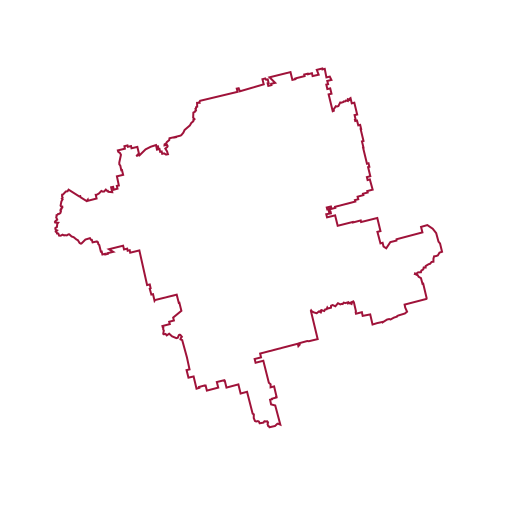 outline of Gunnedah, New South Wales, Australia, rotated 247°
{"feature_id": "25037944B84147386402076", "entity_name": "Gunnedah", "entity_type": "district", "adm_level": 2, "iso_a3": "AUS", "parent_name": "Australia", "parent_adm1": "New South Wales", "projection": "robinson", "projection_center": [150.062, -31.024], "detail": "fine", "context": "isolated", "style": "outline", "palette": "rose", "viewbox_px": 512, "rotation_deg": 247, "n_neighbors": 0, "source": "geoboundaries", "source_scale": "gbopen_adm2", "svg_char_len": 6096}
<svg xmlns="http://www.w3.org/2000/svg" viewBox="0 0 512 512"><g transform="rotate(247 256 256)"><path d="M100.5,199.6L99.6,200.5L99.6,201.6L98.2,202.1L96.6,200.9L94.6,200.8L94.1,201.4L93.1,201.5L92.1,207.1L93.2,210.1L93.1,210.7L91.3,212.5L110.9,215.3L113.5,211.9L118.2,212.8L117.9,214.7L118.4,214.9L117.8,219.4L118.4,219.5L118.3,219.9L128.9,221.7L129.4,218.1L132.2,219.3L134.3,218.3L156.7,221.8L157.9,213.9L161.7,214.5L160.7,221.0L164.6,221.7L158.9,260.2L156.5,259.8L157.3,261.6L158.8,261.9L157.7,270.0L156.9,271.3L155.4,280.3L184.1,285.1L184.4,285.5L183.4,285.7L181.5,287.2L179.6,289.5L180.4,292.3L178.7,293.6L179.5,294.4L180.3,294.0L180.7,295.0L178.7,297.3L179.8,298.8L179.4,300.2L180.7,301.5L179.6,301.7L179.1,304.8L180.9,305.7L180.9,307.4L178.7,309.4L180.5,313.0L178.5,314.7L178.5,316.0L177.9,317.0L178.8,318.5L177.7,319.9L177.5,322.0L176.6,322.1L177.1,323.1L176.0,323.4L176.1,324.9L175.5,324.4L174.5,325.2L176.0,326.5L176.2,327.8L175.1,328.0L166.1,326.4L165.4,325.8L163.8,325.5L162.9,331.5L159.2,330.8L157.6,338.3L147.4,336.5L146.9,341.2L145.8,347.1L145.5,347.0L146.3,351.8L145.9,354.0L145.0,355.0L145.4,359.0L145.1,362.0L145.6,362.6L145.6,364.0L144.9,370.6L145.7,373.3L150.2,373.2L153.2,373.8L149.9,396.1L150.5,396.6L165.2,399.1L165.3,398.4L171.2,399.2L173.3,397.6L175.4,397.3L176.0,396.3L177.2,395.9L177.4,395.3L177.8,395.6L177.0,396.4L177.6,398.8L176.6,401.5L178.0,402.5L178.3,404.7L179.9,405.9L179.1,407.6L180.5,408.3L181.0,411.7L180.8,413.1L181.9,415.3L181.4,417.1L184.2,418.3L186.1,419.8L185.6,421.6L185.5,423.6L187.4,426.2L187.2,428.9L195.6,430.3L197.9,429.6L206.7,430.8L212.1,429.3L217.5,425.8L218.3,419.3L212.7,418.4L216.5,391.9L215.3,391.3L216.3,385.1L212.2,378.9L214.9,377.1L218.7,377.7L219.0,375.5L230.8,377.2L230.3,380.3L243.6,382.5L246.2,366.0L247.8,366.3L249.0,358.3L249.5,358.4L251.9,343.0L262.5,344.7L263.8,336.5L267.0,337.0L266.0,341.6L267.4,341.9L267.6,340.4L269.0,340.6L268.8,341.7L270.6,342.0L271.0,339.8L273.0,340.1L272.3,344.3L269.9,343.9L269.3,347.8L270.4,348.0L267.3,368.7L268.8,368.9L268.3,372.3L270.9,372.7L270.1,378.6L271.5,378.8L270.8,383.6L272.3,383.8L271.5,389.3L282.0,390.7L282.3,388.4L285.3,388.9L284.8,392.4L294.0,393.9L293.8,395.2L297.4,395.8L297.6,394.2L313.9,396.9L313.8,397.3L320.1,398.3L319.9,399.9L331.9,401.9L331.8,402.4L336.0,403.1L336.3,401.2L341.2,401.9L341.5,400.1L342.7,400.3L342.6,401.0L347.2,401.8L346.7,404.4L358.7,406.4L359.1,403.8L364.4,404.7L364.2,403.7L363.5,403.7L363.1,402.9L364.3,401.8L362.8,401.1L364.0,399.6L363.5,398.6L364.0,397.1L363.6,396.6L363.8,394.3L364.4,393.5L361.8,390.4L362.0,388.8L362.7,388.0L360.5,384.6L359.3,384.4L359.3,383.2L376.4,386.0L375.9,388.9L381.3,389.8L381.8,386.9L386.3,387.7L386.0,389.5L389.3,390.0L388.6,394.2L392.3,394.0L392.9,390.6L401.4,392.4L401.8,390.1L402.7,390.3L403.6,384.7L398.4,384.5L399.5,378.4L402.4,378.9L403.0,374.8L403.6,374.9L404.2,371.3L402.6,371.0L403.9,362.9L404.0,361.4L403.4,361.3L403.9,358.3L411.8,359.6L415.2,338.3L407.9,341.3L408.6,337.3L407.3,337.0L407.8,333.8L410.4,334.2L410.2,335.2L414.0,335.8L414.3,334.2L415.8,333.9L416.2,331.0L411.0,330.2L413.9,305.5L417.2,305.6L417.6,303.7L414.3,303.2L420.7,265.2L419.9,264.0L419.1,263.9L420.0,261.6L416.4,260.2L416.4,259.0L415.1,258.3L415.1,257.8L413.4,257.6L413.4,256.9L412.7,256.4L412.5,254.4L407.9,252.2L406.0,252.9L405.7,252.4L405.8,251.6L404.5,250.9L403.8,248.5L402.0,246.1L399.9,239.5L397.9,237.3L396.5,234.6L396.3,233.7L397.1,228.5L396.7,228.5L397.0,227.1L397.3,227.2L398.2,222.4L396.6,221.4L395.7,218.4L394.8,217.4L394.5,215.5L393.6,215.0L393.1,217.5L391.7,217.6L391.0,216.9L390.3,214.5L387.1,215.0L384.1,214.7L384.5,212.8L386.4,211.5L386.7,209.6L389.1,210.0L389.3,208.5L392.2,209.0L392.6,206.4L394.1,206.7L393.8,208.4L395.3,208.6L395.6,207.0L397.2,207.3L397.7,201.8L397.3,196.0L394.1,187.9L394.8,187.4L394.7,184.8L396.2,188.3L402.8,189.4L403.8,183.5L406.0,183.9L406.6,180.7L408.0,180.9L408.5,177.8L406.0,177.2L407.2,170.1L405.8,169.9L403.8,171.1L401.9,171.2L395.5,166.7L393.8,166.0L392.2,166.4L387.6,165.5L387.5,166.2L382.6,165.4L383.7,159.1L374.5,157.3L374.9,155.3L372.1,154.8L372.6,151.0L375.5,151.5L375.9,149.5L370.9,148.6L372.8,145.1L373.9,145.1L374.2,144.3L375.8,143.7L374.7,141.4L375.2,140.0L376.3,139.1L374.9,135.8L374.6,133.1L374.9,132.4L371.2,131.7L372.5,123.0L373.6,123.2L372.7,121.6L378.7,117.4L379.8,117.6L380.0,116.5L390.3,109.4L389.2,107.8L389.7,106.2L388.0,102.3L388.2,101.5L386.8,100.8L385.3,100.8L384.7,99.7L383.7,100.1L382.3,98.2L378.7,95.8L377.8,95.9L377.2,97.0L376.3,96.7L375.3,94.5L374.7,94.7L374.1,93.7L373.2,93.8L372.0,92.7L371.7,91.4L372.0,90.2L371.6,89.5L371.5,88.3L370.7,88.1L369.7,87.2L367.1,87.2L366.5,85.0L365.9,84.2L365.3,84.2L363.9,86.8L363.2,85.6L360.5,84.1L360.2,82.3L359.7,82.0L358.4,81.8L357.3,82.9L356.6,81.2L355.4,81.8L354.5,81.6L353.9,82.8L351.7,82.7L351.0,84.2L351.2,86.3L349.9,87.4L349.9,88.1L348.9,89.9L349.2,91.8L348.9,92.6L346.0,93.9L344.6,95.5L341.3,97.2L340.2,98.2L336.9,98.7L335.8,99.6L335.7,100.2L337.8,105.4L337.3,110.1L335.4,110.4L335.0,111.2L332.4,110.9L331.6,115.2L330.9,115.3L330.4,115.9L328.6,115.5L327.3,116.0L320.6,114.9L320.4,115.7L317.4,115.2L317.0,117.9L316.3,117.8L315.9,120.4L316.6,120.5L315.6,126.2L319.7,123.3L317.4,137.7L313.6,137.1L313.1,140.3L311.0,139.9L310.7,142.0L308.2,141.5L306.7,150.8L271.8,144.4L271.3,147.1L267.5,146.4L267.4,145.4L261.4,144.6L261.1,146.3L254.4,145.1L254.9,145.9L251.4,167.9L243.0,166.6L242.9,167.2L234.7,165.9L231.7,155.7L228.7,155.2L229.4,150.4L227.0,150.0L228.1,142.5L226.6,142.3L226.3,142.7L224.7,141.9L223.4,142.0L220.6,140.2L220.0,140.5L219.6,142.3L217.8,142.8L218.4,145.7L214.9,147.3L211.5,150.6L211.3,152.0L213.3,154.1L213.4,154.9L213.0,155.5L210.6,156.2L209.9,154.8L208.8,153.9L207.4,155.2L189.6,152.8L177.6,150.5L178.1,147.5L170.4,146.3L169.5,151.5L157.1,149.4L156.8,152.3L157.7,152.4L156.9,158.1L156.6,158.1L156.4,159.0L151.3,158.2L149.6,169.8L155.3,170.7L154.1,178.1L153.4,178.0L153.3,178.5L146.4,177.4L144.7,189.6L135.4,188.1L134.5,194.7L112.2,191.3L111.1,192.1L107.7,190.6L104.5,190.6L103.6,191.5L103.3,193.2L102.4,194.0L100.6,194.0L99.7,197.8L100.5,198.9L100.5,199.6Z" fill="none" stroke="#9f1239" stroke-width="2"/></g></svg>